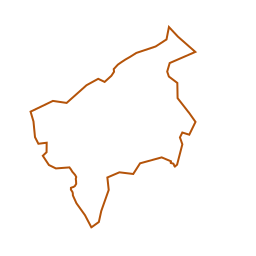 Ix-Uul, Hövsgöl, Mongolia, rotated 249°
{"feature_id": "93677404B26219584096108", "entity_name": "Ix-Uul", "entity_type": "district", "adm_level": 2, "iso_a3": "MNG", "parent_name": "Mongolia", "parent_adm1": "Hövsgöl", "projection": "albers", "projection_center": [101.419, 49.506], "detail": "fine", "context": "isolated", "style": "outline", "palette": "amber", "viewbox_px": 256, "rotation_deg": 249, "n_neighbors": 0, "source": "geoboundaries", "source_scale": "gbopen_adm2", "svg_char_len": 1185}
<svg xmlns="http://www.w3.org/2000/svg" viewBox="0 0 256 256"><g transform="rotate(249 128 128)"><path d="M207.6,202.4L196.9,195.7L194.2,183.0L195.1,162.7L193.7,155.6L192.9,150.5L192.9,150.4L191.8,145.3L190.8,141.3L188.1,135.8L185.5,135.1L182.7,131.2L179.4,122.7L184.6,117.8L182.8,104.6L173.4,79.7L180.2,67.6L178.2,42.9L168.0,42.1L152.8,37.9L145.4,38.7L143.4,46.8L134.6,43.3L132.6,38.5L121.8,40.9L116.1,46.2L112.2,59.2L111.7,59.3L110.1,59.8L106.9,60.4L105.4,61.0L103.1,61.8L100.8,62.1L99.2,61.0L97.1,60.5L94.4,59.6L93.5,58.4L92.9,57.7L92.5,56.1L92.6,54.5L92.6,53.3L90.9,52.6L88.3,53.2L87.0,53.1L86.3,52.9L84.9,52.4L82.6,52.5L76.2,52.9L62.0,56.6L48.4,58.2L48.4,58.3L50.7,67.1L60.1,73.3L77.1,87.8L89.2,91.0L89.7,104.1L83.2,116.4L90.7,126.6L88.5,148.9L81.5,156.2L81.3,156.1L80.9,155.9L80.6,155.6L80.3,155.4L80.0,155.4L79.9,155.5L79.6,155.9L79.4,156.4L78.8,157.0L78.6,157.4L77.9,157.7L76.5,157.7L75.8,157.7L75.5,157.9L75.2,158.0L76.2,160.7L93.3,172.9L100.6,173.1L104.3,177.1L99.8,182.8L109.5,193.2L120.9,190.3L121.0,190.2L138.1,185.0L152.4,190.2L161.4,184.6L166.6,184.8L173.7,190.2L174.9,218.1L195.5,207.3L207.6,202.4L207.6,202.4Z" fill="none" stroke="#b45309" stroke-width="2"/></g></svg>